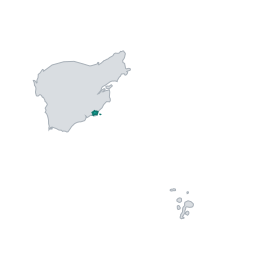 Montecristi, Manabi, Ecuador (highlighted), rotated 222°
{"feature_id": "8360857B99830619134812", "entity_name": "Montecristi", "entity_type": "district", "adm_level": 2, "iso_a3": "ECU", "parent_name": "Ecuador", "parent_adm1": "Manabi", "projection": "equal_earth", "projection_center": [-80.746, -1.129], "detail": "fine", "context": "in_parent", "style": "filled", "palette": "teal", "viewbox_px": 256, "rotation_deg": 222, "n_neighbors": 0, "source": "geoboundaries", "source_scale": "gbopen_adm2", "svg_char_len": 4997}
<svg xmlns="http://www.w3.org/2000/svg" viewBox="0 0 256 256"><g transform="rotate(222 128 128)"><path d="M230.2,100.0L229.5,100.6L227.8,100.9L226.5,100.3L226.0,100.3L225.9,100.9L227.6,102.4L228.5,105.1L229.7,106.8L230.5,107.6L230.5,108.2L230.3,109.2L230.2,110.1L230.7,114.3L230.4,114.5L229.4,114.5L228.7,113.8L226.6,124.0L220.1,134.2L212.7,141.4L204.2,145.6L198.0,148.5L197.0,149.6L193.9,154.7L193.8,155.2L194.2,156.1L194.2,156.6L193.8,157.0L193.4,157.0L193.2,156.8L193.1,156.1L192.7,155.5L192.2,155.3L191.9,155.5L191.9,156.1L191.2,158.8L191.2,160.2L190.9,160.7L191.0,161.9L190.3,163.0L189.8,164.8L189.3,165.4L188.7,168.3L187.7,171.1L187.6,172.1L187.9,172.8L188.0,173.4L187.6,175.1L185.4,176.8L184.8,177.7L184.6,178.6L184.8,179.4L184.7,180.1L184.0,180.3L183.3,182.0L182.7,182.3L181.4,181.8L180.3,181.8L179.6,181.3L178.0,178.5L177.4,176.9L177.2,174.7L175.7,173.3L173.7,173.7L173.1,173.2L171.7,172.2L170.4,171.2L169.5,170.6L168.7,170.9L167.5,172.7L166.4,173.5L165.9,173.4L165.2,172.9L165.1,172.3L166.8,169.2L165.5,169.1L165.1,168.4L165.0,167.6L164.8,166.8L165.1,165.8L165.7,165.3L166.7,165.7L167.4,165.7L167.9,164.8L168.8,164.1L169.0,163.6L168.5,162.1L168.3,161.2L168.5,160.8L168.4,159.1L168.2,158.5L168.1,157.6L167.9,157.1L167.8,156.0L167.1,155.3L169.2,154.3L169.9,153.4L170.9,152.6L171.7,151.5L172.2,150.3L173.4,145.0L174.6,141.7L174.4,140.1L173.4,138.0L173.2,134.8L173.3,133.8L173.2,133.1L172.5,134.4L172.7,139.1L172.1,141.2L171.3,141.7L170.8,141.3L171.1,137.9L170.5,138.5L169.6,140.8L168.1,142.6L168.0,143.1L167.6,143.9L166.5,143.2L165.6,142.5L162.6,138.6L160.7,137.8L159.5,136.5L159.3,135.9L159.2,135.1L160.3,134.3L161.6,133.2L161.7,130.8L161.7,129.0L160.8,125.7L161.2,121.5L160.9,119.9L159.9,116.4L160.7,114.7L163.4,113.4L164.3,112.5L164.9,109.8L165.5,108.1L166.7,108.8L167.7,108.7L166.4,108.1L165.3,105.6L165.2,104.4L167.2,101.0L168.2,100.1L169.5,98.3L170.6,95.6L170.9,91.3L170.4,88.2L170.1,85.0L170.8,84.1L172.4,83.7L173.8,82.7L174.4,81.7L176.0,81.8L177.9,80.3L180.9,79.6L185.0,77.9L185.9,76.4L185.5,73.7L187.0,75.3L187.7,76.6L189.8,78.0L192.3,80.6L194.0,81.9L195.8,83.1L198.4,84.3L200.0,84.1L200.6,86.0L201.2,86.6L202.7,87.2L202.9,87.5L203.5,91.1L203.8,91.6L205.1,92.1L206.7,92.4L207.3,92.2L208.7,93.2L210.9,94.0L211.7,94.1L212.0,94.0L212.1,93.6L212.8,93.7L213.7,94.2L215.1,94.2L215.9,93.8L216.1,91.8L216.4,91.4L217.4,90.7L217.9,90.8L220.4,92.4L220.9,92.9L221.6,94.0L222.8,95.7L224.1,96.7L226.1,97.2L228.0,98.9L230.2,100.0ZM30.1,97.8L30.9,98.9L31.3,102.0L33.8,105.2L34.1,107.1L33.9,107.9L34.0,108.3L35.2,109.5L36.0,110.9L34.7,114.1L31.9,115.4L28.9,115.4L28.3,115.0L27.5,113.8L27.3,112.7L27.8,111.7L29.3,110.1L31.7,108.7L32.0,107.6L31.1,106.6L30.4,104.5L28.9,103.1L28.2,98.6L27.7,98.4L26.6,99.0L26.1,98.5L26.1,98.2L27.2,97.2L27.4,96.4L29.0,96.1L29.7,96.7L30.1,97.8ZM41.9,111.2L41.2,111.3L39.3,109.6L39.4,108.0L40.2,106.9L42.7,106.4L43.7,107.4L43.6,109.3L42.8,110.7L42.1,111.0L41.9,111.2ZM169.6,148.3L169.3,149.0L168.1,148.9L167.8,148.7L168.1,145.6L168.4,144.6L169.4,143.7L170.2,143.2L171.2,143.3L172.3,144.2L171.0,145.8L170.0,146.2L169.6,148.3ZM28.2,106.0L26.9,106.3L25.9,105.7L25.4,104.8L25.3,103.5L25.4,103.0L27.8,102.5L28.5,103.7L28.5,105.3L28.2,106.0ZM53.3,113.6L51.8,114.3L51.0,113.6L50.9,113.2L51.8,112.2L52.6,111.6L53.3,110.4L54.6,109.7L55.0,109.9L55.2,110.1L55.3,110.5L54.9,111.5L54.1,112.1L53.3,113.6ZM38.9,103.9L38.3,104.4L35.9,103.8L35.2,102.8L35.8,101.5L36.3,100.9L37.7,101.4L39.1,102.9L38.9,103.9ZM40.8,120.8L40.2,120.8L39.6,120.1L40.1,118.8L41.1,119.5L41.3,120.0L40.8,120.8ZM184.9,77.1L184.2,77.2L183.8,76.4L184.7,75.5L185.0,75.3L184.9,77.1Z" fill="#d9dde1" stroke="#a8b0b8" stroke-width="1"/><path d="M162.8,114.5L162.7,114.6L162.6,114.8L162.4,114.9L162.4,115.0L162.3,114.9L162.3,115.0L162.2,115.1L162.2,115.3L161.9,115.4L161.9,115.5L161.7,115.8L161.6,116.0L161.4,116.4L161.4,116.7L160.9,116.7L160.9,116.8L160.9,117.0L160.7,117.2L160.3,117.3L160.1,117.3L160.2,117.5L160.3,117.9L160.4,118.0L160.5,118.3L160.6,118.6L160.7,118.8L160.8,118.9L160.9,119.0L161.2,119.5L161.3,119.7L161.3,119.8L161.4,120.0L161.5,120.0L161.7,119.8L161.8,119.7L162.1,119.6L162.2,119.4L162.3,119.3L162.3,119.2L162.2,119.1L162.1,118.9L162.2,118.7L162.3,118.7L162.5,118.6L162.8,118.5L163.0,118.6L163.3,118.5L163.3,118.4L163.5,118.3L163.5,118.2L163.5,118.3L163.6,118.2L163.8,118.2L163.8,118.3L163.8,118.2L163.8,118.3L163.9,118.2L163.9,118.3L163.9,118.2L164.0,118.2L164.3,118.2L164.4,118.3L164.5,118.3L164.5,118.2L164.4,118.2L164.5,118.1L164.5,117.9L164.4,117.8L164.4,117.7L164.4,117.4L164.3,117.2L164.3,116.9L164.5,116.9L164.7,116.7L164.8,116.4L164.7,116.4L164.6,116.5L164.5,116.4L164.5,116.2L164.4,116.2L164.4,115.9L164.3,115.7L164.5,115.4L164.4,115.4L164.2,115.4L163.9,115.4L163.7,115.2L163.4,115.0L163.2,115.1L163.1,114.9L163.0,115.0L162.9,115.0L162.9,114.9L162.8,115.0L162.8,114.9L162.7,114.8L162.8,114.6L162.8,114.5ZM157.8,119.5L157.7,119.5L157.6,119.8L157.8,119.8L158.0,119.9L158.0,120.0L158.0,119.9L158.0,119.7L157.9,119.7L157.8,119.5Z" fill="#14b8a6" stroke="#0f766e" stroke-width="1.5"/></g></svg>